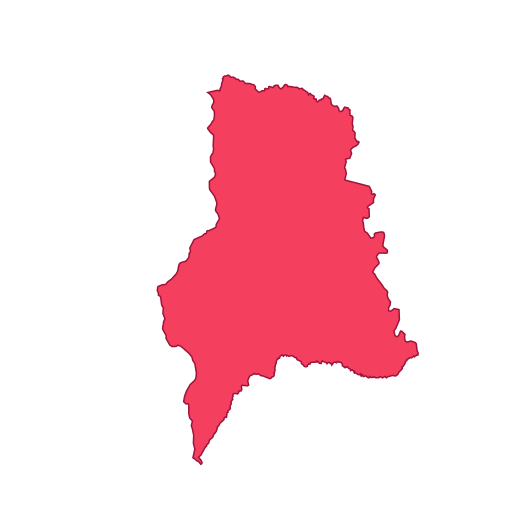 the district of Garzón, Huila, Colombia, rotated 151°
{"feature_id": "7082276B84511387855625", "entity_name": "Garzón", "entity_type": "district", "adm_level": 2, "iso_a3": "COL", "parent_name": "Colombia", "parent_adm1": "Huila", "projection": "natural_earth1", "projection_center": [-75.581, 2.163], "detail": "fine", "context": "isolated", "style": "filled", "palette": "rose", "viewbox_px": 512, "rotation_deg": 151, "n_neighbors": 0, "source": "geoboundaries", "source_scale": "gbopen_adm2", "svg_char_len": 6129}
<svg xmlns="http://www.w3.org/2000/svg" viewBox="0 0 512 512"><g transform="rotate(151 256 256)"><path d="M374.6,220.1L373.4,217.5L369.9,215.7L367.5,215.8L365.4,213.4L361.7,203.0L361.1,199.5L361.1,198.1L361.9,195.7L361.7,191.5L364.9,182.4L367.7,178.4L370.0,176.9L375.8,175.5L382.1,171.7L386.4,168.0L389.9,163.7L389.0,160.6L387.0,159.8L387.1,158.1L391.3,150.5L392.5,146.3L391.6,142.5L394.8,139.0L395.6,135.0L397.5,129.2L401.5,122.7L403.1,116.8L409.0,110.1L407.5,107.2L407.1,105.6L405.9,104.1L405.2,100.5L403.8,100.9L403.2,101.8L403.1,104.5L404.0,107.8L400.7,108.6L392.7,113.6L391.6,113.5L390.6,114.8L388.3,115.2L385.9,117.5L381.7,118.5L378.6,121.0L377.6,120.9L374.8,122.6L372.8,125.1L371.0,125.6L368.9,127.1L363.6,128.3L362.1,130.0L360.9,130.0L360.5,129.3L359.8,129.4L357.2,133.1L356.3,132.9L355.9,133.9L352.5,134.9L351.4,137.3L349.3,138.7L348.4,140.8L345.8,141.9L345.8,143.0L344.0,144.5L343.8,145.7L342.5,146.4L341.0,146.0L339.0,144.3L337.6,144.7L336.6,146.2L334.4,145.2L333.2,146.0L331.9,149.3L330.9,149.7L326.4,146.6L325.1,146.6L323.7,150.9L321.2,153.1L319.4,154.1L315.0,153.8L314.5,154.2L313.5,152.6L310.9,151.6L309.5,148.6L308.5,148.3L303.6,142.2L302.6,141.7L300.9,142.4L299.2,142.1L298.1,142.7L297.1,144.0L297.0,145.1L296.3,145.2L294.2,147.6L294.0,149.3L293.1,149.6L291.6,151.7L290.5,152.1L290.1,153.1L287.8,155.3L286.9,155.1L286.0,156.0L285.0,155.2L283.3,156.8L281.1,156.7L280.6,155.0L279.0,155.6L278.1,155.2L277.6,154.6L277.7,153.9L277.1,154.1L275.8,152.2L274.2,152.1L272.9,151.3L272.0,150.3L271.2,148.3L270.2,147.8L270.3,145.3L267.9,142.1L267.8,141.1L268.3,140.5L268.1,138.9L267.4,137.9L267.4,136.3L266.4,135.0L264.7,134.6L263.7,135.6L262.2,135.9L261.1,135.3L260.1,136.3L259.4,136.3L254.5,133.9L253.6,134.6L252.6,131.5L251.2,130.4L249.1,132.1L246.4,128.9L246.1,127.3L244.6,127.8L243.0,127.1L243.1,125.7L242.2,125.2L242.5,123.9L239.9,125.2L238.5,125.0L237.4,123.5L235.6,124.2L234.9,122.9L233.3,121.8L232.9,119.4L233.7,118.2L232.8,116.8L232.8,115.7L232.2,115.1L231.1,115.5L230.7,114.8L229.5,114.7L229.5,112.8L228.6,111.9L228.8,109.8L226.9,109.8L226.7,108.5L225.7,107.6L226.7,106.9L226.7,105.8L225.2,105.3L224.6,103.3L223.2,102.0L221.7,102.3L221.7,101.4L222.4,100.4L222.2,99.9L220.5,100.5L220.7,98.5L218.0,97.9L217.3,95.8L216.3,94.7L215.8,94.6L214.9,95.5L214.0,93.8L211.8,92.8L211.1,93.0L210.3,91.4L207.4,90.0L205.6,90.3L204.5,88.1L201.5,88.1L201.0,86.2L199.1,86.5L195.3,85.5L193.7,85.0L193.2,84.1L191.7,83.3L189.3,83.7L187.7,84.9L182.7,86.5L182.0,88.2L181.2,88.0L177.8,89.7L176.6,91.2L174.7,91.4L174.2,92.4L172.0,92.1L171.1,92.7L169.7,91.7L168.6,91.5L166.9,92.1L166.2,90.9L165.4,91.5L164.0,91.2L163.5,91.6L162.3,90.9L161.1,92.9L161.0,95.1L158.4,101.5L158.7,103.1L161.6,106.5L165.9,107.6L166.6,109.4L166.4,110.8L165.2,113.3L163.7,115.3L165.0,119.5L166.0,120.3L169.6,117.4L171.3,117.0L172.5,117.7L172.9,119.4L171.7,123.6L168.9,124.9L161.5,130.7L156.9,139.8L160.6,143.0L164.9,142.5L166.0,143.0L166.5,143.9L164.9,146.7L162.6,148.0L160.6,150.7L161.0,153.8L160.8,156.2L160.1,158.5L158.7,160.0L158.2,161.5L159.6,166.0L159.7,169.1L161.1,178.6L161.0,182.8L161.7,184.6L161.3,185.7L158.0,187.9L152.3,189.7L151.6,190.5L151.1,194.5L151.5,196.0L150.5,197.4L147.7,198.8L146.7,198.8L140.2,195.1L139.3,195.5L138.4,197.1L138.4,197.8L139.8,201.2L140.2,203.5L133.8,211.3L133.0,213.7L133.0,214.8L133.9,215.8L136.0,216.8L140.3,218.2L141.8,217.9L142.8,215.9L144.1,215.1L146.9,215.9L147.5,222.0L149.1,225.0L148.0,228.5L146.1,232.9L145.8,234.9L143.6,237.5L143.0,237.5L141.4,235.5L140.1,234.9L137.9,235.4L134.2,242.6L135.0,243.6L134.6,245.1L127.3,245.8L125.6,248.9L122.0,251.6L122.5,253.3L124.0,253.4L124.9,254.3L123.5,256.4L123.2,262.0L141.2,279.1L141.2,279.8L137.0,284.4L135.8,288.1L135.7,290.4L131.3,294.8L131.1,296.9L130.5,297.2L126.5,296.1L122.6,299.4L122.0,303.0L118.8,304.0L115.1,303.8L112.6,304.3L110.7,305.6L111.3,306.9L112.0,306.8L112.3,307.3L112.3,311.4L109.7,315.6L109.7,317.1L110.5,318.9L110.2,319.8L108.4,322.1L107.7,325.0L104.0,330.3L104.1,331.7L105.5,333.7L103.0,338.2L103.6,338.9L103.6,340.8L106.3,343.2L108.3,342.3L109.1,341.3L109.9,341.5L110.6,340.9L112.0,341.3L113.0,343.1L112.1,344.9L112.5,348.0L115.1,348.9L116.6,351.9L114.6,357.6L114.8,358.3L115.8,359.0L115.9,360.8L116.9,361.4L118.0,363.3L121.3,361.0L122.8,361.6L123.6,360.9L124.7,361.6L127.4,361.0L128.1,362.2L127.2,364.0L129.3,365.6L127.7,367.5L129.6,370.6L129.7,371.8L130.6,372.1L131.8,371.5L131.5,374.0L133.9,378.5L134.4,380.3L137.3,381.4L137.7,382.8L138.5,383.8L141.2,385.2L142.5,386.8L143.5,386.9L144.7,388.4L146.1,388.7L146.0,390.6L146.9,391.7L147.9,391.8L150.8,390.4L153.1,390.1L153.7,390.7L154.1,392.3L154.0,394.6L156.2,395.9L158.1,395.9L159.6,395.1L162.1,397.8L163.0,397.8L163.5,396.7L164.2,396.3L165.8,397.0L166.4,398.0L167.2,398.0L168.6,396.4L170.5,397.6L173.3,397.5L174.5,398.4L175.6,402.8L174.4,404.4L174.9,406.9L176.6,408.3L177.7,409.8L181.6,412.0L182.4,415.3L185.3,416.7L185.8,419.1L187.7,420.1L187.9,421.6L189.1,423.4L191.3,424.4L191.9,426.8L192.9,427.8L195.0,427.9L196.3,428.7L197.8,428.5L198.4,427.5L199.4,427.3L199.6,426.3L200.7,424.9L202.6,423.4L203.4,421.8L206.9,419.1L207.2,418.1L208.1,418.1L209.3,419.6L218.9,422.4L217.5,419.2L217.2,413.8L217.6,412.4L218.6,410.6L221.3,409.0L222.8,407.3L222.3,402.8L224.3,398.9L226.9,395.5L229.3,394.6L231.1,393.3L236.3,391.4L236.5,390.4L235.9,386.3L234.5,382.1L240.2,372.9L240.9,370.7L243.7,366.9L245.5,366.3L247.8,364.7L250.2,360.3L249.9,352.7L251.3,350.2L251.4,348.0L252.1,346.7L254.2,345.0L260.6,343.9L263.6,338.4L264.3,336.6L263.3,328.7L264.4,321.7L265.3,320.1L269.1,316.1L269.4,314.4L268.9,311.2L269.8,306.4L275.5,302.9L276.6,301.0L278.3,300.5L285.0,301.0L286.0,301.7L287.0,301.5L288.4,300.0L289.2,299.9L290.1,300.4L293.3,299.6L302.2,300.4L310.0,295.1L311.2,291.6L313.3,290.6L315.0,287.8L316.4,286.8L320.0,285.5L324.6,286.6L326.4,286.5L327.8,285.5L331.9,280.7L334.1,279.2L341.0,276.8L345.6,276.2L348.9,274.9L352.0,276.3L356.4,276.8L357.1,276.4L359.1,273.6L359.4,270.6L360.4,269.1L359.3,267.1L359.4,266.0L361.9,259.9L362.3,258.2L362.2,255.6L365.3,250.8L366.0,245.4L369.2,242.8L370.0,241.1L371.2,240.2L373.1,237.4L373.2,229.7L374.6,227.8L374.6,220.1Z" fill="#f43f5e" stroke="#9f1239" stroke-width="1.5"/></g></svg>